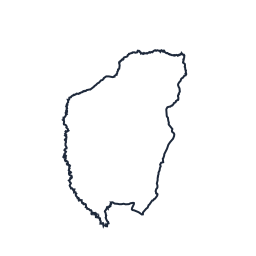 Ulianópolis, Pará, Brazil, rotated 128°
{"feature_id": "56859067B65727130507514", "entity_name": "Ulianópolis", "entity_type": "district", "adm_level": 2, "iso_a3": "BRA", "parent_name": "Brazil", "parent_adm1": "Pará", "projection": "albers", "projection_center": [-47.475, -3.802], "detail": "fine", "context": "isolated", "style": "outline", "palette": "slate", "viewbox_px": 256, "rotation_deg": 128, "n_neighbors": 0, "source": "geoboundaries", "source_scale": "gbopen_adm2", "svg_char_len": 5881}
<svg xmlns="http://www.w3.org/2000/svg" viewBox="0 0 256 256"><g transform="rotate(128 128 128)"><path d="M161.7,184.1L161.8,182.9L162.4,182.2L164.1,181.3L164.6,180.7L164.0,179.1L164.2,178.2L164.6,177.2L165.6,176.9L165.8,174.9L166.5,174.1L166.7,173.3L168.4,173.9L168.7,175.1L169.3,175.1L169.6,174.3L170.4,173.9L171.4,174.0L171.7,173.4L171.5,172.4L172.0,172.1L172.7,172.6L172.9,171.0L173.8,170.4L174.4,170.5L174.8,170.0L175.6,170.6L176.2,170.5L176.5,169.7L176.3,169.0L177.6,168.0L178.5,167.9L180.3,166.5L180.5,165.7L181.3,164.2L181.9,163.9L182.5,164.4L183.6,164.6L184.6,164.5L184.8,163.6L184.8,162.3L185.8,162.1L187.4,162.2L187.9,162.0L188.1,159.7L188.9,159.5L189.1,160.3L188.7,160.9L189.2,161.5L190.7,161.1L190.8,160.4L189.8,159.8L189.7,159.2L189.9,158.6L190.5,158.3L191.8,158.3L192.2,157.8L192.6,156.9L191.9,156.6L191.7,154.9L192.6,153.8L193.2,154.2L194.0,154.1L194.3,153.2L193.5,152.1L193.3,151.4L194.0,151.1L193.7,150.4L195.6,149.8L195.9,149.1L196.7,149.2L197.3,148.7L197.8,148.7L198.2,147.3L197.9,146.2L198.2,145.5L199.8,146.0L199.9,146.7L200.5,146.3L201.0,145.3L200.8,143.6L200.4,143.2L200.7,142.6L201.7,141.7L202.7,141.9L202.7,142.5L203.2,142.7L203.9,142.0L204.8,142.0L205.7,142.3L205.8,141.6L206.5,140.3L206.4,139.7L206.7,139.0L209.2,138.6L209.7,137.8L210.2,136.3L210.7,135.8L210.0,135.0L210.3,134.4L210.2,133.5L209.4,132.4L210.1,132.1L210.8,132.5L211.2,131.3L212.0,130.8L211.0,129.8L211.6,128.9L211.6,128.3L212.5,128.3L213.4,127.4L213.8,125.4L214.4,124.5L213.6,123.9L213.8,123.4L214.9,122.6L214.5,122.1L215.1,121.8L213.9,120.8L213.4,120.1L214.1,119.6L215.3,118.0L214.7,117.0L215.3,116.7L215.4,115.9L214.2,114.8L214.2,114.2L215.8,112.6L216.4,112.5L216.2,111.6L216.3,110.8L216.8,110.4L216.0,109.0L216.2,107.1L215.6,106.6L215.9,105.6L216.5,104.9L218.2,104.0L218.2,103.4L217.6,103.5L217.3,103.1L216.4,103.3L216.0,102.9L215.7,102.3L216.8,101.3L216.1,100.7L215.1,100.8L215.4,100.0L215.2,99.5L216.6,99.6L217.9,98.5L216.8,97.6L217.2,97.1L216.7,96.9L215.8,97.0L216.7,96.1L216.8,95.2L216.4,94.6L216.9,93.9L217.7,93.7L218.3,92.0L219.4,91.5L219.6,90.7L220.2,90.7L219.8,90.0L218.3,89.2L218.5,88.5L219.2,88.3L220.2,87.1L219.7,87.2L218.7,85.8L218.1,85.9L218.9,84.9L218.3,84.0L216.8,85.0L215.5,85.1L215.1,84.7L214.2,85.9L214.3,86.8L213.6,88.4L212.4,90.4L211.7,90.5L210.7,91.4L210.2,91.4L209.9,92.1L208.7,93.4L208.1,94.8L207.3,95.1L206.6,94.9L205.6,95.2L204.7,95.0L203.9,95.5L203.9,94.3L203.1,95.0L202.5,95.2L201.9,94.1L201.4,94.1L200.8,93.8L200.6,94.6L200.0,94.6L199.5,94.2L198.3,94.5L198.3,95.0L197.3,95.0L197.1,95.6L196.0,94.3L195.8,92.0L194.1,89.4L193.4,87.9L192.0,86.2L190.4,84.8L189.6,82.9L187.7,80.7L186.9,80.1L185.9,79.8L183.8,77.9L183.5,77.1L184.3,76.5L188.7,75.5L189.7,74.9L189.9,74.0L189.1,72.5L187.8,67.7L187.6,63.8L186.9,63.1L185.3,64.2L180.5,64.0L178.7,63.5L176.0,64.3L175.2,64.0L170.3,64.3L169.5,63.6L168.0,63.7L167.1,63.2L163.4,63.3L162.0,64.0L161.9,64.6L162.2,65.0L162.2,65.6L161.4,66.3L160.8,67.3L158.9,68.1L157.3,68.1L156.4,68.4L155.0,69.6L154.0,71.1L150.9,72.5L149.1,73.9L147.9,74.3L147.6,74.8L145.6,75.5L144.3,76.5L142.0,77.0L139.9,78.2L138.0,78.7L137.0,80.2L135.0,80.5L133.3,79.2L130.7,81.7L130.1,81.6L127.5,82.5L126.3,83.3L120.3,84.5L116.3,85.9L113.2,86.1L108.7,85.9L106.0,86.7L104.4,87.7L103.9,88.7L103.8,91.0L103.0,91.8L101.5,92.4L100.2,98.0L99.6,98.6L98.8,98.9L97.4,100.8L95.3,102.9L95.0,104.4L94.5,105.0L90.0,109.1L89.1,109.5L87.3,109.7L85.4,108.3L85.1,107.8L83.5,107.5L83.0,106.9L80.8,106.9L80.2,107.2L78.6,106.4L77.7,106.5L77.2,106.8L76.2,106.4L75.2,106.3L74.9,105.8L74.2,106.1L72.7,107.3L72.5,107.9L71.5,108.7L70.2,108.6L69.9,109.1L67.4,109.6L65.0,111.9L64.4,113.4L63.3,115.1L62.2,115.6L60.4,115.8L58.5,115.6L56.6,116.3L55.7,116.2L54.6,115.7L51.9,115.8L51.1,115.0L49.8,115.2L49.4,115.6L49.5,116.2L48.9,116.2L48.0,117.2L46.9,117.8L46.9,118.6L45.1,120.3L44.9,121.0L44.2,121.2L43.2,121.9L42.5,122.9L42.6,124.9L42.0,125.3L40.8,125.6L40.3,126.4L39.6,126.3L39.2,126.8L38.2,126.9L36.7,127.9L36.5,128.8L36.0,128.6L35.8,129.1L36.4,130.1L36.1,131.5L36.7,131.1L37.2,131.5L37.0,132.1L37.6,132.3L38.0,131.9L40.1,133.1L39.7,133.5L40.3,133.9L40.7,135.0L41.7,135.4L42.4,136.0L42.0,136.4L43.5,138.1L43.9,139.1L43.8,139.7L44.3,140.1L44.5,140.6L44.3,141.1L44.7,141.6L44.6,143.1L45.4,143.8L45.5,146.3L45.0,146.7L44.8,147.2L45.1,147.6L46.2,147.3L46.4,147.8L46.0,148.2L46.1,149.5L46.6,149.7L48.0,149.5L47.6,150.6L48.0,151.0L48.8,152.9L49.9,153.4L50.0,154.5L51.6,155.3L53.3,155.4L53.8,156.6L54.9,156.8L55.2,157.2L55.1,157.9L57.4,158.7L57.4,159.3L58.0,159.5L58.9,161.1L59.5,161.2L59.3,161.7L60.4,161.9L60.4,163.0L61.4,163.6L60.6,164.8L60.9,165.8L60.4,166.2L60.4,166.8L61.1,167.9L62.8,167.4L64.2,168.6L64.5,169.7L65.7,171.0L66.3,170.9L67.9,172.2L68.6,172.4L69.0,172.9L69.6,172.7L70.7,173.1L71.8,172.6L72.6,172.9L74.7,174.5L76.2,174.5L76.5,174.0L77.1,174.0L77.3,174.6L77.9,175.0L78.4,174.7L79.1,174.7L79.5,175.2L80.2,175.3L81.4,174.9L81.7,175.4L82.2,175.1L83.7,173.2L86.7,171.4L88.0,171.9L88.8,171.1L90.1,171.1L91.6,170.2L92.5,170.3L93.0,169.7L93.9,170.3L95.6,170.7L95.9,170.3L97.3,171.3L99.2,175.0L100.7,176.9L103.5,177.8L104.0,177.5L105.2,177.7L105.8,177.6L107.1,178.6L110.2,178.8L111.6,179.5L114.2,179.8L115.4,180.3L116.2,180.2L120.9,181.4L121.2,181.9L123.6,183.9L124.9,184.1L125.2,184.8L125.8,184.9L126.4,185.9L127.3,185.8L128.1,186.2L128.5,186.7L129.7,187.1L130.1,187.5L130.6,187.4L131.0,187.9L131.6,188.0L132.6,189.7L133.5,189.8L134.0,190.3L134.6,190.3L135.2,190.7L135.3,191.2L136.1,191.2L136.6,191.7L138.3,192.1L138.9,191.9L140.2,192.9L141.8,191.9L142.4,192.3L142.8,192.8L143.1,192.2L144.6,191.0L145.1,191.1L147.0,190.8L147.1,190.0L147.9,190.2L148.8,190.1L148.7,189.4L149.2,188.9L150.0,188.8L150.1,188.0L152.3,187.4L152.0,186.6L152.5,186.2L152.9,186.9L153.6,186.6L153.8,186.1L154.5,186.4L155.0,185.8L154.5,185.2L154.7,184.7L155.9,185.0L157.1,184.6L159.1,184.6L159.5,185.2L160.2,184.8L160.4,184.1L160.9,183.7L161.7,184.1Z" fill="none" stroke="#1e293b" stroke-width="2"/></g></svg>